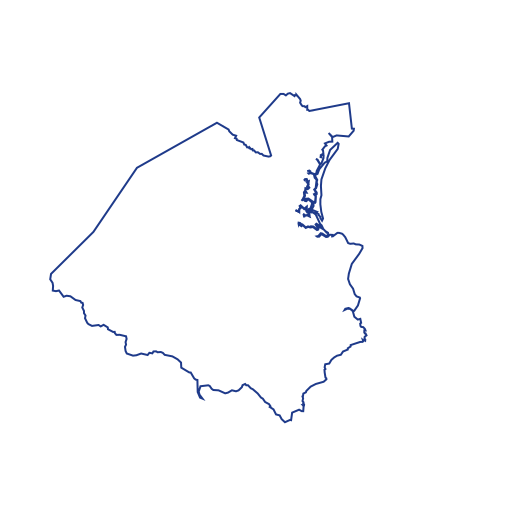 outline of Tonosí, Los Santos, Panama, rotated 317°
{"feature_id": "35544464B87180550672206", "entity_name": "Tonosí", "entity_type": "district", "adm_level": 2, "iso_a3": "PAN", "parent_name": "Panama", "parent_adm1": "Los Santos", "projection": "equal_earth", "projection_center": [-80.44, 7.396], "detail": "fine", "context": "isolated", "style": "outline", "palette": "blue", "viewbox_px": 512, "rotation_deg": 317, "n_neighbors": 0, "source": "geoboundaries", "source_scale": "gbopen_adm2", "svg_char_len": 6134}
<svg xmlns="http://www.w3.org/2000/svg" viewBox="0 0 512 512"><g transform="rotate(317 256 256)"><path d="M393.9,186.3L393.8,184.5L393.2,184.0L395.7,181.3L393.6,180.8L393.6,179.5L392.2,178.1L392.3,176.4L392.8,174.0L394.6,172.9L395.3,171.3L395.6,165.3L394.9,165.9L394.0,164.8L393.2,165.2L392.0,160.1L390.0,159.0L387.4,158.9L386.7,156.3L384.4,154.1L352.8,156.9L335.6,192.8L334.5,192.8L333.0,191.9L330.0,187.6L329.9,185.3L328.6,184.1L328.1,181.4L326.5,180.1L326.6,177.5L325.7,176.7L326.4,175.3L325.3,174.7L325.3,172.0L324.6,172.3L324.6,171.4L323.6,170.5L324.3,167.7L323.4,166.5L324.2,164.4L321.1,158.1L321.8,157.0L321.0,155.5L323.5,154.5L321.7,151.4L321.5,146.6L322.2,144.8L318.3,131.9L229.1,110.3L153.5,127.5L93.9,129.3L89.6,132.7L88.9,136.9L87.2,139.5L83.8,142.7L85.7,145.3L88.4,146.9L87.5,154.6L90.4,155.9L92.8,158.9L94.0,165.1L96.8,169.2L96.4,171.0L97.2,172.0L96.2,173.9L93.8,175.2L92.7,178.9L91.2,180.5L90.7,183.3L88.5,184.9L87.0,189.8L87.0,191.5L88.4,195.3L93.8,199.1L94.4,201.6L97.6,202.4L98.9,207.1L97.8,208.6L99.7,214.1L100.9,215.1L100.2,216.1L100.1,218.5L102.6,220.7L106.2,226.1L104.8,228.4L101.9,230.0L100.5,232.2L98.2,233.1L95.8,236.6L95.0,239.2L98.1,245.0L100.8,247.0L105.5,249.0L109.2,254.5L112.0,254.1L113.8,256.5L115.9,255.9L117.9,257.6L118.4,259.3L120.9,261.3L121.8,263.3L121.8,266.0L126.4,272.4L128.2,278.1L128.5,282.8L125.2,286.7L127.8,295.7L128.8,296.7L127.3,303.4L127.6,305.3L128.6,306.7L120.6,315.7L118.5,321.4L119.6,323.8L120.1,318.9L121.6,316.1L126.6,313.4L132.9,318.0L133.5,319.5L133.0,322.9L133.4,324.9L137.0,328.7L139.8,335.4L142.3,336.8L146.8,337.8L149.1,341.3L151.6,342.4L156.2,342.3L158.1,341.3L160.8,342.2L160.7,343.9L162.0,345.1L162.0,349.2L162.8,351.2L163.5,357.7L163.1,362.9L163.7,365.0L163.1,369.0L164.5,373.2L164.1,375.7L163.1,375.8L164.2,380.1L162.6,385.5L164.6,388.7L163.5,392.8L163.8,397.3L169.1,399.1L169.7,400.0L175.6,395.2L182.7,397.8L183.6,400.6L184.7,401.7L188.4,398.3L188.5,397.0L189.3,397.9L190.0,397.3L190.1,395.8L191.0,395.4L191.1,393.8L193.4,392.2L194.6,389.6L194.4,390.8L196.8,388.9L199.5,389.7L200.8,389.0L206.9,388.8L212.5,390.4L219.7,394.1L223.4,394.2L224.0,393.4L223.9,392.3L226.8,388.0L228.5,385.9L229.7,386.0L230.3,384.2L232.8,382.4L236.2,384.6L240.3,383.4L244.0,383.5L247.3,384.2L250.7,386.1L254.5,385.2L259.3,387.0L260.2,386.1L263.4,386.7L264.5,385.7L273.6,389.9L275.4,391.5L276.4,391.4L276.9,390.3L277.1,391.4L278.0,391.2L278.2,392.3L278.9,391.7L279.1,390.3L280.4,389.2L282.7,389.4L283.3,387.3L282.8,386.9L283.1,385.7L284.5,384.3L285.3,385.1L285.9,383.5L285.9,381.2L284.6,379.6L284.7,378.4L286.1,376.5L287.3,376.6L289.4,373.1L287.1,371.9L286.5,367.5L289.2,362.3L288.8,358.9L286.8,356.8L284.0,355.9L285.3,355.5L288.2,357.1L288.8,358.3L289.7,362.5L290.4,363.1L296.8,361.7L303.3,357.9L303.6,357.2L302.0,354.1L302.2,351.2L304.7,346.1L305.4,340.7L307.7,335.6L311.9,332.2L320.7,327.1L332.9,324.8L339.3,322.9L340.7,321.2L339.4,318.1L336.9,315.5L336.0,313.5L333.2,311.3L332.2,309.4L334.1,303.1L334.3,299.8L334.1,298.3L332.5,295.7L331.3,294.6L325.6,294.0L325.1,293.6L326.3,292.7L324.5,290.8L321.6,290.9L320.2,289.9L318.8,284.6L315.3,284.9L314.0,283.7L313.9,283.1L315.2,283.9L318.9,283.5L319.8,284.8L320.9,289.6L323.5,289.5L324.5,288.1L324.0,286.3L323.6,287.9L323.7,283.2L322.2,278.0L322.1,274.2L321.2,274.4L320.6,278.4L319.4,279.1L318.3,278.6L317.4,273.7L315.2,272.2L313.9,270.2L311.5,269.4L311.2,265.1L309.6,265.2L309.1,263.2L310.5,263.6L310.7,262.4L310.0,261.2L308.9,261.8L309.2,261.3L309.9,260.7L310.7,261.8L310.9,263.7L309.6,263.9L309.9,264.9L311.5,264.8L311.9,269.0L314.2,269.8L315.5,271.7L316.4,271.7L318.1,273.6L318.8,278.3L320.4,277.6L321.1,273.6L322.2,273.6L324.1,280.8L324.9,278.3L324.8,276.2L328.0,266.4L327.3,262.8L324.6,260.6L323.7,260.6L323.2,262.5L322.1,263.7L321.1,261.1L319.7,260.3L319.3,258.7L317.6,260.7L319.0,258.3L319.5,258.4L319.9,260.2L321.6,261.0L322.3,263.3L323.6,260.3L324.9,260.3L326.2,261.8L327.1,261.7L327.8,259.6L324.7,259.9L323.2,259.1L323.5,257.3L325.0,255.2L324.0,255.5L323.2,254.7L323.0,249.5L322.1,249.7L321.5,251.4L319.5,251.4L317.6,253.4L317.0,252.6L317.4,251.8L316.2,250.6L316.8,249.3L316.5,250.6L317.7,251.8L317.7,253.1L319.4,251.1L321.2,251.0L322.0,249.2L323.2,249.4L323.6,254.3L326.9,254.5L323.7,257.8L323.5,258.8L324.3,259.5L326.7,257.7L328.3,258.3L332.3,256.2L333.5,254.9L332.8,249.7L330.3,250.3L329.4,249.3L329.1,246.9L327.0,246.6L329.1,246.3L330.0,249.7L330.9,249.8L331.5,248.7L330.0,247.4L329.7,246.0L332.3,245.0L334.5,242.1L335.4,241.9L336.2,243.7L336.3,241.9L338.4,240.1L339.5,242.0L341.2,242.1L341.5,241.6L340.6,241.2L340.7,240.1L343.5,238.9L343.4,237.6L343.6,237.1L344.4,237.9L345.3,237.2L344.5,237.4L344.3,236.9L345.3,234.3L342.6,233.5L344.3,233.2L345.6,234.3L344.6,237.0L345.6,237.3L344.3,238.3L343.7,237.5L343.8,238.8L343.4,239.5L340.9,240.5L341.8,241.2L341.6,242.4L339.4,242.4L338.2,240.6L336.7,242.1L336.2,244.2L334.8,242.7L332.9,245.4L330.3,246.5L330.3,247.2L333.5,249.7L334.8,255.6L336.4,256.5L340.4,252.9L340.4,250.7L341.2,250.5L341.9,251.8L342.8,251.6L343.9,247.1L346.0,247.0L352.3,241.6L352.3,238.8L354.1,235.6L352.4,232.6L350.7,231.8L350.7,231.3L351.8,231.9L353.1,230.9L352.9,229.8L351.3,228.9L353.3,229.9L353.5,231.1L352.8,232.1L354.6,236.0L356.5,236.7L358.4,235.2L365.3,232.8L366.4,227.4L366.2,225.8L366.7,227.6L365.7,232.0L366.8,233.0L372.0,230.5L374.1,228.5L373.1,226.7L372.0,226.8L371.0,228.2L370.2,227.0L371.0,227.7L372.2,226.4L375.1,227.1L377.0,224.5L377.0,223.5L381.3,222.8L382.9,223.3L383.2,220.7L387.4,222.3L389.8,224.4L392.8,220.9L393.0,215.6L393.2,221.3L397.2,222.8L405.3,231.8L412.8,231.0L414.4,229.7L413.0,228.2L428.2,207.7L393.9,186.3ZM392.9,228.9L382.5,229.0L375.2,232.9L372.6,235.4L369.8,234.6L361.4,235.7L357.0,237.9L354.0,237.0L352.7,242.1L350.8,243.3L349.7,245.4L346.1,247.4L344.1,247.3L343.7,250.9L342.7,252.1L342.0,252.2L340.8,250.9L340.4,253.3L336.3,257.2L335.4,257.4L334.5,255.9L332.2,258.7L328.9,259.8L328.7,260.9L330.6,265.1L329.7,264.9L330.3,268.2L329.7,268.5L329.8,271.2L329.0,272.0L328.4,275.2L330.6,274.3L333.8,268.3L338.3,262.1L341.9,258.3L345.3,256.2L351.2,249.1L356.1,244.6L366.5,239.1L375.4,235.9L388.8,233.4L392.9,230.4L392.9,228.9Z" fill="none" stroke="#1e3a8a" stroke-width="2"/></g></svg>